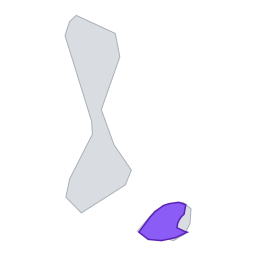 location of Saint-Pierre within Saint Pierre and Miquelon
{"feature_id": "SPM-4866", "entity_name": "Saint-Pierre", "entity_type": "Commune", "adm_level": 1, "iso_a3": "SPM", "parent_name": "Saint Pierre and Miquelon", "parent_adm1": "", "projection": "equal_earth", "projection_center": [-56.176, 46.782], "detail": "fine", "context": "in_parent", "style": "filled", "palette": "violet", "viewbox_px": 256, "rotation_deg": 0, "n_neighbors": 0, "source": "natural_earth", "source_scale": "10m", "svg_char_len": 686}
<svg xmlns="http://www.w3.org/2000/svg" viewBox="0 0 256 256"><path d="M125.4,184.8L81.4,212.9L65.9,197.2L69.7,178.8L92.4,134.3L91.7,121.5L65.0,35.5L69.6,21.5L76.3,15.4L115.3,33.5L119.8,56.9L101.3,109.7L114.0,144.8L131.3,170.1L125.4,184.8ZM184.2,234.3L173.6,240.6L137.4,231.2L154.7,211.0L166.8,205.1L183.2,202.6L191.0,208.8L190.0,223.8L184.2,234.3Z" fill="#d9dde1" stroke="#a8b0b8" stroke-width="1"/><path d="M184.1,214.0L181.3,216.8L179.1,220.0L177.6,223.6L176.9,227.7L184.5,231.4L187.2,232.2L175.4,237.7L161.4,240.6L148.2,239.4L138.9,232.2L149.7,217.5L155.5,211.3L163.4,205.5L169.3,203.6L178.8,202.3L185.8,204.7L184.1,214.0Z" fill="#8b5cf6" stroke="#5b21b6" stroke-width="1.5"/></svg>